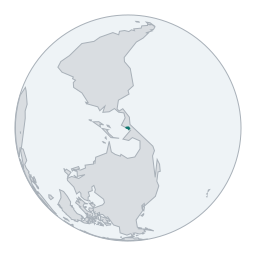 globe centered on Yoro, rotated 203°
{"feature_id": "HND-643", "entity_name": "Yoro", "entity_type": "Department", "adm_level": 1, "iso_a3": "HND", "parent_name": "Honduras", "parent_adm1": "", "projection": "orthographic", "projection_center": [-87.221, 15.309], "detail": "coarse", "context": "on_globe", "style": "filled", "palette": "teal", "viewbox_px": 256, "rotation_deg": 203, "n_neighbors": 0, "source": "natural_earth", "source_scale": "10m", "svg_char_len": 8597}
<svg xmlns="http://www.w3.org/2000/svg" viewBox="0 0 256 256"><g transform="rotate(203 128 128)"><circle cx="128" cy="128" r="113" fill="#eef3f6" stroke="#a8b0b8"/><path d="M145.5,141.3L142.8,140.2L140.3,143.7L131.0,138.5L127.5,132.0L98.0,121.0L94.8,117.5L94.5,111.9L83.7,93.2L88.9,110.5L84.8,107.0L81.4,100.7L83.2,99.3L80.7,90.3L77.0,86.7L76.1,75.8L82.3,62.8L83.6,64.9L85.0,61.9L83.4,59.1L82.1,58.1L84.6,46.5L80.6,40.3L75.9,41.3L79.6,39.1L68.4,43.3L64.0,43.4L71.1,41.6L73.4,40.3L71.5,39.3L73.5,37.7L73.7,36.4L76.3,34.8L80.2,34.3L82.0,33.3L80.5,32.7L82.2,30.9L84.1,31.9L87.1,29.0L94.3,28.4L97.3,33.6L103.4,33.1L112.0,38.3L113.3,36.9L117.5,38.5L120.5,37.5L121.3,39.1L123.1,37.1L121.8,35.8L122.2,34.6L123.9,34.1L125.1,35.8L124.5,36.4L125.7,36.6L125.6,37.8L126.6,36.9L127.9,39.4L129.1,36.2L132.3,37.6L132.5,39.4L129.1,40.2L121.3,47.4L120.5,50.1L122.6,52.9L133.6,55.8L134.0,58.6L137.0,61.8L138.3,59.6L136.4,56.4L139.5,53.5L136.8,50.3L137.7,48.8L136.3,45.4L140.1,45.1L144.5,46.6L145.9,49.5L147.9,50.4L149.5,47.2L154.8,52.5L163.2,56.1L164.2,57.8L160.9,61.4L153.6,62.3L149.4,68.3L155.7,63.7L158.1,68.5L160.0,69.1L162.0,68.7L162.5,66.7L164.1,68.3L158.4,73.2L156.9,71.7L158.7,70.1L155.3,70.7L151.5,74.6L153.0,77.0L145.6,81.4L146.6,83.3L145.5,85.5L144.5,82.1L146.3,88.5L137.9,96.6L140.1,108.4L134.0,99.5L129.4,98.7L124.0,99.1L124.2,101.0L116.7,99.8L110.4,104.0L108.8,113.5L111.9,120.8L120.2,120.9L122.4,116.8L128.3,115.8L124.8,126.9L135.2,128.0L134.6,136.2L137.7,140.3L142.8,138.9L148.1,140.6L151.6,135.6L157.3,132.6L157.8,139.2L160.7,132.9L164.1,135.7L175.4,134.2L174.6,135.8L184.1,142.3L193.9,144.1L196.1,148.4L195.0,151.5L198.3,151.7L198.3,153.6L210.6,153.6L216.3,156.6L215.8,163.0L210.2,171.7L203.5,187.7L193.1,194.5L189.3,200.6L179.2,209.9L173.0,210.2L173.6,213.7L169.2,216.4L164.9,217.1L163.2,219.7L160.0,220.1L161.4,221.5L154.9,225.1L155.2,227.4L150.1,230.0L150.5,231.2L149.0,231.3L147.2,231.9L146.6,232.6L142.7,231.7L143.0,228.8L145.4,227.2L143.5,227.0L148.8,222.5L146.3,223.5L149.2,216.7L153.9,210.4L159.1,191.5L157.2,187.7L149.2,183.7L139.6,169.0L142.6,162.5L140.3,159.6L147.7,149.9L145.5,141.3ZM28.9,103.1L29.6,100.5L29.8,102.4L28.9,103.1ZM29.6,98.8L29.4,99.7L29.5,98.9L29.6,98.8ZM29.3,98.1L29.5,98.6L29.2,98.3L29.3,98.1ZM28.8,97.6L29.1,97.8L28.8,97.6ZM139.9,112.5L151.8,117.5L145.4,118.7L146.6,117.5L143.5,115.4L137.8,113.5L132.1,115.1L139.9,112.5ZM28.5,95.9L28.4,95.4L28.7,95.4L28.5,95.9ZM144.5,105.6L142.4,105.3L144.4,105.1L144.5,105.6ZM81.1,58.0L83.2,59.3L83.8,62.5L81.9,61.6L81.1,58.0ZM80.2,52.5L81.7,52.4L80.1,55.3L79.7,54.4L80.2,52.5ZM72.0,42.5L73.3,43.0L71.4,43.1L72.0,42.5ZM73.3,36.6L72.3,37.0L72.9,36.2L73.3,36.6ZM134.3,45.9L135.3,45.7L135.0,46.4L134.3,45.9ZM132.8,44.8L131.8,45.8L130.9,45.4L131.6,44.8L132.8,44.8ZM77.3,33.0L78.5,31.8L77.9,32.9L77.3,33.0ZM134.2,43.6L129.5,44.6L128.0,44.0L129.1,41.2L134.2,43.6ZM79.6,31.0L82.4,28.4L80.4,28.9L87.6,26.1L82.8,29.1L82.5,30.3L81.3,30.2L79.6,31.0ZM120.7,35.7L122.1,37.0L119.4,36.5L120.7,35.7ZM118.8,35.8L109.9,36.7L108.6,34.8L111.9,34.7L109.0,32.9L112.8,31.5L115.3,32.2L115.3,33.6L116.7,32.0L118.8,35.8ZM91.1,25.1L92.4,24.5L91.8,25.1L91.1,25.1ZM122.2,34.1L120.5,34.4L119.2,32.7L122.4,31.9L121.8,32.7L122.2,34.1ZM106.4,33.2L106.1,32.0L109.1,30.4L109.4,29.8L112.8,31.3L106.4,33.2ZM122.9,32.8L124.1,31.6L126.2,31.9L123.7,33.8L122.9,32.8ZM117.6,32.6L117.2,31.8L118.5,32.0L117.6,32.6ZM134.3,32.8L132.3,32.9L131.5,32.0L134.3,32.8ZM124.4,31.1L123.7,31.0L123.1,30.7L124.3,30.1L124.4,31.1ZM114.7,30.2L116.0,29.9L113.4,29.5L115.6,28.5L117.5,29.8L117.6,28.8L118.2,28.5L119.0,29.9L114.7,30.2ZM123.9,28.6L127.0,30.2L130.9,30.0L131.8,30.8L125.3,30.9L123.9,28.6ZM121.0,29.2L122.9,29.0L123.0,29.9L121.6,30.7L121.0,29.2ZM116.3,27.4L112.5,28.6L112.3,28.3L116.3,27.4ZM125.0,28.3L124.2,28.0L125.3,28.2L125.0,28.3ZM119.0,27.4L117.7,27.9L117.4,27.5L119.0,27.4ZM123.7,27.0L124.7,27.5L123.8,28.0L123.7,27.0ZM121.5,27.1L121.4,26.5L122.9,27.9L121.0,27.3L121.5,27.1ZM118.9,27.0L118.3,27.0L119.5,26.9L118.9,27.0ZM126.5,25.1L128.5,26.7L126.6,27.7L124.8,26.0L126.5,25.1ZM148.8,233.5L142.8,232.1L146.3,232.7L149.8,231.5L152.6,232.6L148.8,233.5ZM158.5,229.9L161.9,228.9L162.5,229.2L160.2,230.0L158.5,229.9ZM207.6,48.3L205.3,46.5L207.7,48.8L210.0,50.8L213.0,54.1L212.1,53.1L208.1,49.8L210.3,53.7L218.0,65.2L218.3,67.6L216.2,67.6L208.5,58.5L208.8,54.1L206.0,51.3L201.8,48.9L202.2,48.0L200.5,46.6L200.2,45.1L195.6,40.5L194.7,39.0L188.9,35.1L187.6,34.0L191.4,36.5L193.5,37.6L190.7,34.6L189.0,33.4L185.4,31.3L185.1,31.0L182.0,29.3L178.4,27.3L180.2,28.6L176.1,26.7L171.8,24.6L170.7,24.4L177.8,27.9L180.3,29.1L182.0,29.7L189.2,34.1L191.0,35.6L184.7,32.4L186.6,34.5L180.9,31.6L165.3,23.1L160.8,21.1L161.9,20.6L165.3,21.7L166.5,22.3L168.9,23.1L177.5,26.8L185.6,31.2L193.4,36.3L200.7,42.0L207.6,48.3ZM168.7,23.0L167.1,22.4L166.9,22.3L168.7,23.0ZM160.8,20.2L159.2,19.8L158.3,19.5L160.8,20.2ZM132.7,15.5L123.2,15.6L118.0,15.9L119.2,15.7L110.1,16.8L104.9,17.7L105.7,17.6L101.8,18.5L103.4,18.2L103.4,18.3L94.2,21.4L91.3,22.4L88.2,24.3L88.5,24.4L90.5,23.7L87.6,26.1L80.4,28.9L79.9,28.7L75.7,30.9L75.2,30.2L72.8,30.8L74.6,29.1L72.6,30.1L71.2,30.9L67.3,33.1L66.5,33.6L73.8,29.3L78.7,27.3L76.9,27.8L79.1,26.7L79.6,26.3L78.3,26.9L85.7,23.6L93.2,20.9L100.9,18.7L108.8,17.0L116.7,15.9L124.7,15.4L132.7,15.5ZM240.0,115.6L239.9,115.3L240.0,116.2L238.3,125.3L236.3,122.4L230.1,110.4L229.3,103.4L226.4,96.8L218.4,68.2L219.7,67.5L216.9,59.3L217.1,59.3L220.8,64.3L221.2,64.7L226.0,72.4L230.2,80.6L233.7,89.0L236.5,97.7L238.6,106.6L240.0,115.6ZM224.7,80.8L225.8,82.8L224.7,80.8ZM175.7,134.1L177.1,135.2L175.3,135.4L175.7,134.1ZM144.7,121.5L147.2,121.5L148.5,122.4L146.7,122.9L144.7,121.5ZM164.7,120.0L167.4,120.3L164.7,121.1L164.7,120.0ZM153.7,118.1L162.6,120.0L157.3,122.4L151.6,121.3L155.4,120.5L153.7,118.1ZM143.7,109.5L145.3,109.9L144.9,111.2L143.7,109.5ZM145.9,105.5L145.3,105.7L144.4,104.7L145.9,105.5ZM158.5,68.2L159.0,67.9L161.1,67.8L160.3,68.7L158.5,68.2ZM169.1,63.1L171.4,65.9L169.2,64.4L168.6,66.0L163.2,65.0L164.4,58.6L164.8,61.6L169.1,63.1ZM156.4,62.4L159.6,63.5L156.0,62.6L156.4,62.4ZM191.3,41.9L192.6,42.0L194.8,43.8L195.9,46.7L192.8,44.0L191.3,41.9ZM193.9,41.9L187.3,38.4L186.3,36.8L188.0,38.2L188.0,37.5L190.7,39.7L196.2,41.9L198.4,43.7L199.4,47.4L197.8,45.1L196.7,45.0L193.9,41.9ZM172.3,35.4L169.4,34.6L171.0,31.9L173.5,33.0L174.8,35.6L172.6,36.0L172.3,35.4ZM137.0,38.8L135.8,39.3L135.4,38.7L136.2,37.9L137.0,38.8ZM133.5,32.9L141.9,36.4L140.9,37.0L147.0,38.7L146.8,41.1L142.9,39.9L147.3,43.2L143.8,43.0L147.0,45.2L138.3,42.2L135.3,42.5L138.7,41.2L138.9,38.9L138.1,38.0L133.5,35.8L127.0,35.6L126.2,33.6L127.3,32.2L128.8,32.0L128.9,33.3L130.7,32.0L131.9,33.7L133.5,32.9ZM141.1,21.7L140.6,22.7L144.5,21.8L145.7,22.9L146.1,22.8L148.3,23.7L151.6,24.6L151.7,25.2L153.0,25.3L154.5,26.0L156.2,26.4L157.0,27.7L159.2,28.4L158.3,28.7L161.9,29.6L159.6,29.5L161.3,30.7L162.7,30.1L162.4,37.5L164.2,41.2L166.9,44.5L162.5,44.4L157.1,41.4L151.9,37.5L150.9,34.2L149.1,34.9L148.1,33.6L149.9,33.6L146.5,32.9L146.1,31.8L141.5,29.3L136.7,29.3L134.9,28.6L136.6,28.1L133.6,27.7L135.6,26.3L134.4,25.8L135.1,24.1L139.1,23.7L137.4,23.2L137.8,22.0L141.1,21.7ZM126.8,24.6L131.3,23.5L134.2,23.7L131.7,26.7L132.6,27.3L131.1,29.6L127.0,29.3L127.8,28.7L127.6,28.0L129.0,28.3L127.7,27.6L128.8,26.7L128.1,26.0L129.7,25.8L126.8,24.6ZM216.2,57.9L215.3,56.9L215.1,56.6L214.4,55.8L216.2,57.9ZM212.7,54.7L212.2,53.9L214.7,56.6L214.9,57.1L212.7,54.7ZM209.8,51.4L212.0,53.7L210.9,52.7L209.8,51.4ZM190.7,35.8L189.9,35.0L190.7,35.5L192.1,36.4L190.7,35.8ZM152.9,20.5L152.2,20.7L151.4,20.5L148.1,20.4L146.9,19.7L148.4,19.5L152.9,20.5ZM151.1,19.8L149.8,19.8L150.0,19.5L151.1,19.8ZM145.8,19.3L145.7,18.8L146.3,19.6L145.8,19.3ZM149.9,17.5L151.0,17.8L145.5,16.9L139.2,16.0L145.2,16.8L148.7,17.3L149.2,17.4L149.9,17.5ZM125.3,15.6L124.6,15.8L123.2,15.8L123.1,15.7L125.3,15.6ZM126.1,15.7L128.5,15.9L127.1,16.1L125.4,15.8L126.1,15.7ZM140.0,17.2L141.9,17.4L141.7,17.6L140.0,17.2ZM91.6,24.5L92.3,24.5L91.1,24.9L91.6,24.5ZM104.4,18.1L102.8,18.6L104.4,18.1ZM103.1,18.9L104.9,18.4L103.4,19.0L103.1,18.9ZM108.8,17.5L105.8,18.3L108.0,17.5L108.8,17.5Z" fill="#d9dde1" stroke="#a8b0b8" stroke-width="1"/><path d="M126.9,127.2L127.1,127.3L127.2,127.5L127.6,127.5L127.8,127.7L128.1,127.8L128.4,127.5L128.7,127.5L128.8,127.5L129.1,127.4L129.5,127.4L129.6,127.5L129.9,127.6L129.9,127.8L129.6,128.0L129.3,127.8L129.1,127.9L129.0,128.1L128.9,128.0L128.7,128.1L128.7,128.3L128.6,128.5L128.4,128.6L128.1,128.6L128.0,128.8L127.8,128.7L127.6,128.8L127.5,128.7L127.4,128.5L127.2,128.6L127.0,128.4L126.8,128.2L126.7,128.2L126.9,127.8L126.8,127.7L127.0,127.4L126.9,127.3L126.9,127.2L126.9,127.2Z" fill="#14b8a6" stroke="#0f766e" stroke-width="1.5"/></g></svg>